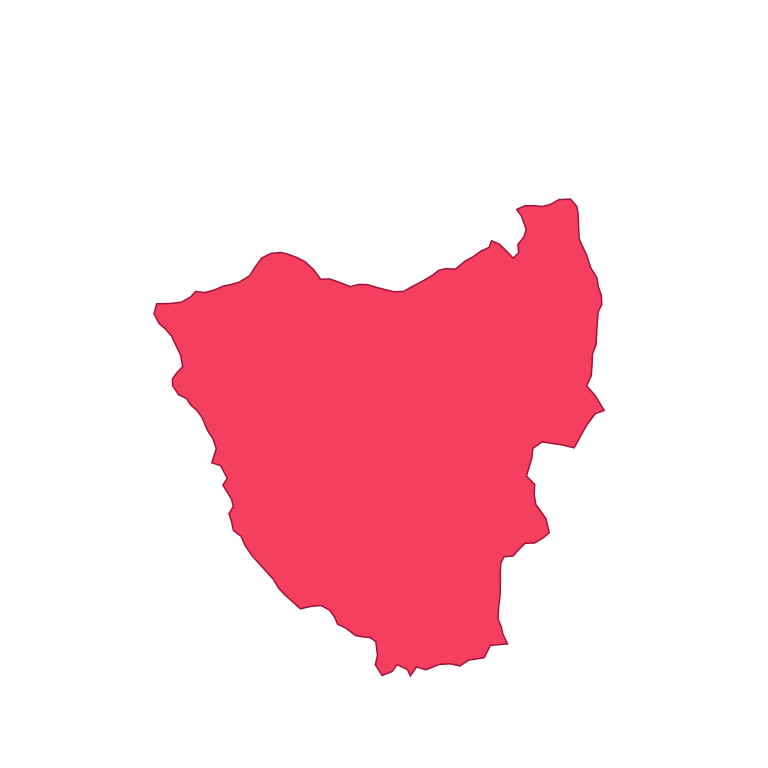 Extrema, Minas Gerais, Brazil (orthographic projection), rotated 300°
{"feature_id": "56859067B84914412130359", "entity_name": "Extrema", "entity_type": "district", "adm_level": 2, "iso_a3": "BRA", "parent_name": "Brazil", "parent_adm1": "Minas Gerais", "projection": "orthographic", "projection_center": [-46.281, -22.812], "detail": "fine", "context": "isolated", "style": "filled", "palette": "rose", "viewbox_px": 768, "rotation_deg": 300, "n_neighbors": 0, "source": "geoboundaries", "source_scale": "gbopen_adm2", "svg_char_len": 2163}
<svg xmlns="http://www.w3.org/2000/svg" viewBox="0 0 768 768"><g transform="rotate(300 384 384)"><path d="M493.1,366.4L482.0,359.3L474.0,354.8L468.9,346.5L466.3,337.7L464.0,329.5L461.7,319.8L457.7,312.5L451.5,306.1L449.7,294.2L447.8,284.4L443.1,276.8L447.8,265.9L450.4,254.7L450.1,246.0L448.5,236.4L446.4,228.9L440.5,220.8L432.1,215.2L423.6,214.1L410.3,213.4L399.7,207.6L393.1,201.2L388.4,195.8L380.6,190.1L373.6,183.1L369.9,174.5L362.6,173.0L353.2,167.4L346.4,157.9L339.8,147.0L329.7,149.8L323.9,159.0L322.0,168.2L319.1,176.5L313.3,184.6L307.4,193.3L298.5,200.9L289.6,198.9L282.7,198.2L276.9,201.7L272.0,211.4L272.7,220.1L269.1,227.4L267.6,235.1L264.0,243.2L255.8,253.9L251.1,263.1L244.2,271.0L229.7,274.3L231.6,283.5L223.9,295.4L215.9,295.0L208.1,309.4L202.7,314.7L194.1,314.6L188.9,320.6L181.9,326.7L180.6,336.6L174.6,344.6L169.2,355.8L159.6,385.6L154.2,395.5L151.9,403.5L147.5,424.0L155.3,432.4L160.8,440.6L160.8,450.2L157.4,457.9L152.8,463.8L153.5,472.9L151.9,484.9L154.2,491.7L157.4,498.4L156.8,505.7L145.6,514.1L136.5,516.9L130.6,528.1L139.1,534.8L147.5,535.6L148.4,547.1L144.4,552.8L155.3,553.6L157.4,563.1L168.9,572.2L174.9,581.5L177.8,590.7L187.2,595.4L197.0,607.6L210.8,606.8L220.7,621.0L227.0,611.8L232.5,606.8L237.6,600.2L247.9,594.9L260.1,589.7L271.4,583.4L279.5,578.7L287.3,574.7L294.3,574.2L299.7,581.8L307.7,583.4L316.6,585.8L321.5,593.8L330.6,598.9L337.9,601.4L348.5,591.4L355.6,575.7L363.3,569.4L372.4,564.7L375.5,553.4L393.3,549.2L402.7,545.1L412.8,549.8L420.1,568.1L423.8,580.6L442.3,580.2L450.3,580.1L463.9,581.8L471.2,587.9L479.4,573.1L483.7,560.4L494.7,559.4L506.2,553.8L514.3,549.5L524.2,548.0L540.0,539.9L553.3,533.5L562.1,532.7L569.7,527.6L575.6,520.8L582.3,515.4L588.1,504.8L597.4,494.5L603.3,485.8L607.7,480.2L615.3,475.3L623.2,470.3L628.9,466.6L634.2,462.2L637.4,453.1L631.2,443.4L622.3,438.0L616.8,432.2L613.6,425.1L608.8,416.9L601.5,411.6L598.4,418.7L593.7,424.3L589.0,429.9L581.3,431.6L571.7,430.2L565.1,435.0L557.6,433.0L560.6,422.7L562.8,414.0L561.8,405.5L554.8,406.7L547.8,401.6L538.6,397.5L530.9,392.7L519.1,388.4L514.7,379.7L509.7,374.5L502.6,371.7L493.1,366.4Z" fill="#f43f5e" stroke="#9f1239" stroke-width="1.5"/></g></svg>